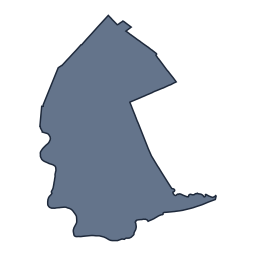 the district of Floresti-Stoenesti, Giurgiu, Romania
{"feature_id": "2599482B22375380524823", "entity_name": "Floresti-Stoenesti", "entity_type": "district", "adm_level": 2, "iso_a3": "ROU", "parent_name": "Romania", "parent_adm1": "Giurgiu", "projection": "equal_earth", "projection_center": [25.713, 44.497], "detail": "fine", "context": "isolated", "style": "filled", "palette": "slate", "viewbox_px": 256, "rotation_deg": 0, "n_neighbors": 0, "source": "geoboundaries", "source_scale": "gbopen_adm2", "svg_char_len": 5707}
<svg xmlns="http://www.w3.org/2000/svg" viewBox="0 0 256 256"><path d="M215.3,199.5L215.6,198.4L216.1,196.1L215.7,195.6L214.5,196.7L213.7,197.0L212.6,197.4L211.3,197.0L208.6,195.9L206.2,194.5L205.8,194.4L205.5,194.6L205.3,195.0L205.5,195.7L205.3,196.3L204.7,196.8L204.2,196.9L203.9,196.7L203.6,196.5L203.2,195.7L202.3,194.9L201.3,194.3L200.2,194.0L199.1,193.9L198.7,193.8L198.1,193.8L197.9,193.7L197.7,193.4L197.4,193.2L197.1,193.3L196.3,193.7L195.4,193.7L195.1,193.9L194.7,194.3L194.0,194.7L193.2,194.8L192.4,194.8L190.8,194.3L190.0,194.3L188.8,195.1L188.6,195.6L188.6,196.0L188.4,196.7L188.0,196.8L186.9,196.7L184.3,195.7L182.6,195.0L181.5,194.4L180.0,193.9L179.4,193.9L178.8,194.1L178.4,194.3L178.0,194.0L177.1,194.4L176.3,195.2L175.6,195.5L175.0,195.4L174.6,195.2L173.9,194.6L173.3,193.7L173.0,192.9L172.9,192.4L172.9,192.2L173.1,192.0L173.5,191.9L174.1,191.5L174.3,191.3L174.5,191.0L174.6,190.7L174.7,190.4L174.6,189.9L174.5,189.7L174.4,189.5L174.2,189.3L173.7,189.0L173.1,188.8L172.7,188.7L171.7,188.5L171.6,188.4L171.5,188.1L170.9,187.2L168.2,183.0L161.6,172.5L158.8,167.9L157.7,166.3L151.3,155.7L151.2,155.4L148.0,148.1L147.8,147.5L138.1,123.0L137.8,122.4L137.7,122.1L137.3,121.3L136.4,119.0L136.0,117.8L135.6,117.0L135.3,116.0L134.0,112.8L133.6,111.8L133.1,110.6L132.4,108.7L131.8,107.3L131.6,106.7L131.3,105.9L130.0,102.7L129.8,102.4L129.8,102.2L131.8,101.3L142.4,96.8L144.8,95.8L146.7,94.9L148.7,94.1L152.4,92.5L152.9,92.2L153.2,92.0L155.0,91.2L156.6,90.6L158.8,89.7L161.9,88.4L163.4,87.9L165.9,86.7L168.1,85.7L168.6,85.4L170.1,84.9L170.7,84.7L174.0,82.9L175.0,82.5L176.2,81.9L173.4,78.1L172.6,77.1L169.1,72.7L168.5,71.8L168.2,71.5L167.5,70.7L167.4,70.6L166.8,69.9L163.1,64.9L160.2,61.0L159.1,59.6L158.8,59.1L158.5,58.8L157.9,58.2L157.4,57.4L156.4,55.9L156.2,55.7L156.0,55.4L156.0,55.1L156.2,54.7L156.5,54.3L156.6,54.2L156.5,53.9L156.5,53.7L156.2,53.4L155.8,53.1L155.4,52.8L154.8,52.3L151.7,49.9L151.0,49.5L150.5,49.1L149.3,48.1L148.5,47.5L147.9,47.0L147.2,46.6L146.4,46.0L146.0,45.7L144.8,44.9L144.3,44.5L143.5,44.0L143.0,43.6L141.5,42.5L141.0,42.2L140.6,41.8L140.2,41.5L139.7,41.1L138.6,40.4L137.9,39.9L137.5,39.7L136.9,39.2L134.1,37.1L133.6,36.8L133.0,36.3L132.2,35.8L131.1,34.9L130.7,34.7L130.2,34.4L129.3,33.6L128.6,33.1L127.8,32.5L127.4,32.2L127.0,31.9L125.9,31.1L131.2,27.1L127.6,24.4L124.2,21.8L123.3,21.2L123.1,21.2L122.9,21.1L122.8,21.3L122.5,21.4L122.1,21.7L121.3,22.2L119.6,23.3L118.4,24.3L117.4,24.7L117.2,24.7L113.6,21.0L111.9,19.3L111.6,18.8L110.8,18.0L109.9,17.1L108.3,15.4L97.2,27.5L92.2,33.1L91.3,34.1L86.5,39.3L81.7,44.8L81.0,44.8L76.1,50.3L72.7,53.9L69.2,57.7L66.8,60.2L65.0,62.2L62.5,64.9L62.0,65.5L61.5,65.5L61.3,65.6L60.7,66.2L60.5,66.4L59.9,66.6L58.2,67.8L43.2,104.8L43.2,106.3L41.7,106.3L39.9,126.3L40.2,126.3L40.5,128.0L42.2,131.3L42.2,132.0L47.6,133.6L48.1,134.0L48.6,134.5L49.1,135.1L49.4,135.7L50.0,136.6L50.1,136.9L50.2,137.3L50.3,138.2L50.4,138.5L50.3,139.0L50.2,139.7L49.9,140.5L49.5,141.2L49.3,141.8L48.6,142.8L48.3,143.2L47.7,143.8L45.9,145.3L45.1,146.1L43.4,147.8L42.3,149.1L41.8,149.9L40.8,151.4L40.6,151.8L40.4,152.4L40.3,152.9L40.3,153.4L40.4,154.3L40.4,155.9L40.4,156.3L40.8,157.4L41.3,158.4L41.6,159.1L42.4,160.0L43.0,160.5L44.2,161.3L45.3,161.8L47.4,162.7L49.0,163.5L50.2,163.9L51.5,164.3L53.0,164.8L54.3,165.6L54.9,166.0L55.4,166.7L55.7,167.5L55.9,169.4L55.9,170.5L55.9,170.8L55.5,172.0L55.5,172.4L55.2,173.6L55.1,174.0L55.0,174.9L55.1,175.8L55.1,176.4L55.0,177.1L54.7,178.6L54.4,180.9L54.0,182.7L53.9,183.8L53.7,184.5L53.7,184.8L53.5,185.9L53.3,186.8L53.3,187.1L53.1,187.8L53.0,188.3L52.7,189.0L52.3,189.9L51.7,191.0L51.5,191.4L51.4,191.7L51.4,191.9L51.5,192.2L51.5,192.5L51.8,192.9L51.9,193.1L51.9,193.3L51.8,193.5L51.5,194.0L51.1,194.6L50.7,195.0L50.2,195.6L49.9,195.9L49.6,196.1L49.4,196.4L48.8,197.3L48.6,197.6L48.6,197.8L48.0,199.4L47.9,199.7L47.9,200.4L47.8,200.7L47.8,201.1L47.7,201.5L47.7,202.6L47.7,203.6L47.8,204.8L47.9,205.1L48.0,205.4L48.3,205.8L48.6,206.3L48.9,206.7L49.3,207.0L49.7,207.4L50.3,207.6L50.7,207.8L51.1,208.0L51.3,208.1L51.9,208.1L53.0,208.2L53.5,208.1L53.9,208.2L54.5,208.2L54.8,208.2L55.8,208.0L56.9,207.8L57.0,207.8L57.3,207.8L58.5,207.7L58.9,207.7L59.1,207.6L59.5,207.7L59.8,207.6L60.5,207.5L63.8,207.2L64.2,207.1L64.7,207.2L65.3,207.2L65.8,207.2L66.2,207.3L67.5,207.9L69.1,208.3L70.3,208.8L71.3,209.4L71.8,209.8L72.3,210.3L72.8,210.8L75.0,213.8L75.7,214.9L76.2,215.7L76.3,216.1L76.5,216.8L76.6,218.2L76.7,219.5L76.7,221.3L76.7,222.1L76.5,222.9L76.1,223.8L74.0,227.7L73.3,230.1L73.3,231.5L73.9,234.7L74.2,235.5L74.5,235.9L75.1,236.2L75.7,236.5L76.3,236.6L77.2,236.6L78.1,236.5L80.8,236.6L83.9,236.2L91.3,235.5L93.0,235.5L96.2,235.8L99.3,235.8L103.9,237.0L105.9,237.9L109.0,239.7L110.4,240.3L112.3,240.6L117.5,240.6L120.0,239.7L121.9,239.0L124.4,239.3L125.5,238.4L126.6,238.1L127.9,238.2L129.5,238.0L131.2,237.2L132.5,236.0L133.6,234.9L133.9,234.4L134.0,233.2L134.3,232.2L135.2,230.5L135.7,229.5L136.0,228.3L136.2,227.2L136.2,226.1L136.0,225.1L135.9,223.9L135.2,222.1L135.5,221.9L135.8,221.6L136.0,221.0L136.0,220.6L136.5,220.4L136.7,220.2L136.9,220.1L138.0,219.9L138.5,219.8L138.8,219.7L139.7,219.7L140.2,219.6L140.9,219.6L141.4,219.6L142.6,219.4L143.3,219.2L143.6,219.2L144.1,219.2L144.8,219.3L145.4,219.2L145.5,219.2L145.9,219.4L147.1,219.9L148.1,221.3L149.3,220.7L151.3,219.9L153.9,218.7L155.5,217.7L157.4,216.6L158.7,215.8L159.7,215.4L160.9,214.9L162.6,214.6L163.1,214.1L163.0,213.6L163.0,213.4L163.3,212.9L163.5,212.8L163.7,212.6L164.0,212.5L164.2,212.4L165.9,212.3L170.4,211.9L173.2,211.6L174.6,211.5L176.4,211.2L179.0,210.9L182.8,210.3L183.5,210.1L189.7,208.6L192.0,208.0L193.1,207.7L196.6,206.5L201.8,204.8L204.0,203.9L208.5,202.0L212.3,200.6L215.3,199.5Z" fill="#64748b" stroke="#1e293b" stroke-width="1.5"/></svg>